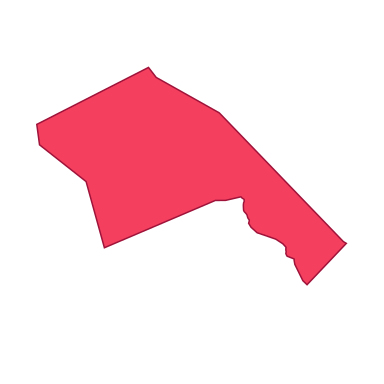 an SVG outline of Saint Peter, rotated 66°
{"feature_id": "BRB-1997", "entity_name": "Saint Peter", "entity_type": "Parish", "adm_level": 1, "iso_a3": "BRB", "parent_name": "Barbados", "parent_adm1": "", "projection": "robinson", "projection_center": [-59.597, 13.271], "detail": "fine", "context": "isolated", "style": "filled", "palette": "rose", "viewbox_px": 384, "rotation_deg": 66, "n_neighbors": 0, "source": "natural_earth", "source_scale": "10m", "svg_char_len": 751}
<svg xmlns="http://www.w3.org/2000/svg" viewBox="0 0 384 384"><g transform="rotate(66 192 192)"><path d="M301.7,71.9L323.5,124.6L318.1,126.8L299.9,127.5L295.6,126.4L295.2,126.0L294.6,126.0L289.4,131.2L287.6,131.4L286.1,131.2L285.0,130.3L283.9,130.1L282.3,129.5L280.7,128.6L276.2,130.1L269.1,134.7L255.7,149.1L248.3,152.4L243.6,153.0L241.8,151.5L240.7,151.1L239.9,151.3L238.8,151.5L237.9,151.5L235.5,151.1L234.1,151.3L232.8,151.7L231.1,152.3L229.6,152.3L227.0,151.3L224.8,150.4L222.9,149.3L221.9,148.2L220.9,147.8L220.1,147.4L219.2,147.8L218.2,148.6L216.3,149.3L213.3,164.8L209.2,174.1L207.3,294.7L139.4,284.5L86.9,312.1L67.1,306.3L60.5,181.1L72.8,178.1L130.8,134.9L298.9,73.9L301.7,71.9Z" fill="#f43f5e" stroke="#9f1239" stroke-width="1.5"/></g></svg>